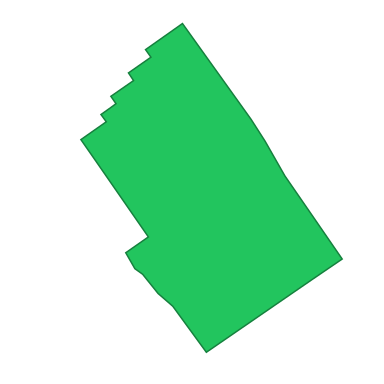 Carter, Missouri, United States of America (Albers equal-area conic projection), rotated 234°
{"feature_id": "52423323B98305313857375", "entity_name": "Carter", "entity_type": "district", "adm_level": 2, "iso_a3": "USA", "parent_name": "United States of America", "parent_adm1": "Missouri", "projection": "albers", "projection_center": [-90.88, 36.956], "detail": "fine", "context": "isolated", "style": "filled", "palette": "green", "viewbox_px": 384, "rotation_deg": 234, "n_neighbors": 0, "source": "geoboundaries", "source_scale": "gbopen_adm2", "svg_char_len": 480}
<svg xmlns="http://www.w3.org/2000/svg" viewBox="0 0 384 384"><g transform="rotate(234 192 192)"><path d="M333.9,283.3L334.5,238.1L325.2,238.0L325.7,210.6L316.5,210.2L317.1,182.6L308.1,182.4L308.1,173.0L308.2,163.9L299.2,163.9L299.7,132.9L274.6,132.4L181.3,130.3L181.8,102.7L163.5,100.7L154.5,103.7L129.8,104.9L110.8,109.3L53.9,109.4L50.6,237.3L49.5,274.1L104.6,275.5L150.4,276.6L190.2,281.0L216.0,282.5L333.9,283.3Z" fill="#22c55e" stroke="#15803d" stroke-width="1.5"/></g></svg>